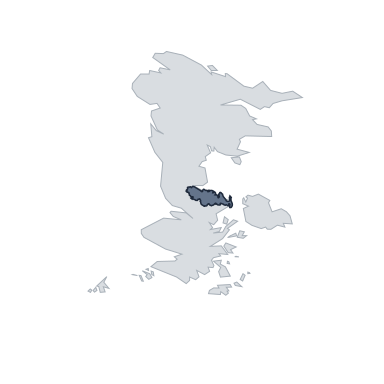 Dumfries and Galloway on a map of United Kingdom (Equal Earth projection), rotated 208°
{"feature_id": "GBR-2138", "entity_name": "Dumfries and Galloway", "entity_type": "Unitary District", "adm_level": 1, "iso_a3": "GBR", "parent_name": "United Kingdom", "parent_adm1": "", "projection": "equal_earth", "projection_center": [-4.095, 55.048], "detail": "fine", "context": "in_parent", "style": "filled", "palette": "slate", "viewbox_px": 384, "rotation_deg": 208, "n_neighbors": 0, "source": "natural_earth", "source_scale": "10m", "svg_char_len": 7392}
<svg xmlns="http://www.w3.org/2000/svg" viewBox="0 0 384 384"><g transform="rotate(208 192 192)"><path d="M207.7,282.2L189.5,291.6L183.8,291.0L176.8,286.2L169.5,286.8L172.5,284.3L166.3,282.2L155.3,285.2L150.6,283.1L147.7,278.4L171.3,266.6L174.9,260.8L172.8,259.1L172.3,251.0L160.1,253.8L168.8,244.9L179.4,240.6L188.5,239.6L193.4,241.9L191.9,238.4L194.0,237.5L197.1,240.7L200.6,240.6L194.0,235.3L196.9,229.5L194.3,226.7L197.3,223.6L198.0,218.0L191.8,219.3L182.9,208.0L185.5,202.7L194.3,198.1L183.7,198.2L175.3,202.5L169.2,200.8L163.7,203.0L157.5,200.8L155.6,204.8L151.0,200.5L150.2,197.2L152.6,197.2L160.5,184.1L156.1,179.1L157.5,173.3L162.4,173.1L157.1,170.2L158.1,167.5L149.5,174.3L149.4,169.9L154.0,165.7L146.1,171.0L146.0,177.3L142.4,186.9L138.0,187.6L143.6,176.5L141.2,176.2L143.1,165.2L150.3,152.6L140.8,158.2L131.1,153.6L139.3,150.2L136.6,149.0L142.2,144.1L142.8,140.9L138.1,137.3L138.0,135.1L142.5,133.2L139.2,130.2L142.1,125.0L151.1,125.0L146.0,120.4L147.6,116.3L154.2,115.8L152.6,112.8L154.1,108.4L165.7,109.7L193.2,106.8L190.1,114.3L174.6,123.1L173.6,125.7L177.2,126.5L171.7,132.4L188.6,129.2L213.1,129.4L217.3,131.6L219.1,134.9L204.8,155.6L188.4,162.4L197.1,161.6L201.8,163.5L201.4,165.2L187.4,170.8L178.7,169.1L193.8,172.7L203.0,170.8L212.3,174.0L222.5,182.4L231.7,204.4L243.4,209.6L255.9,219.5L253.4,222.0L260.4,232.8L252.3,229.4L244.1,229.8L251.8,230.6L263.9,239.9L265.8,244.5L259.5,251.2L264.5,253.8L270.2,249.6L285.2,250.7L293.5,255.2L295.5,259.9L292.8,272.0L285.3,276.0L286.4,279.4L275.4,282.5L278.5,283.6L278.5,286.7L268.6,289.6L289.8,292.3L289.6,297.2L282.2,300.8L280.5,304.1L264.5,308.5L243.3,308.5L229.7,304.9L231.5,307.0L216.6,309.6L218.2,312.2L216.6,312.9L195.9,309.8L187.2,312.1L181.4,322.8L170.3,318.6L158.8,321.4L150.4,328.3L138.9,327.2L155.3,314.8L162.0,308.2L163.3,302.7L168.1,301.4L170.5,297.0L192.9,296.6L207.7,282.2ZM132.4,221.3L119.3,221.1L119.4,218.4L112.0,212.1L105.3,219.1L99.4,218.9L94.3,217.0L88.5,210.9L96.7,207.2L93.5,204.6L101.0,202.8L104.8,196.1L108.1,194.5L110.5,195.6L113.7,192.2L123.4,190.7L130.6,191.3L138.9,201.5L135.5,206.0L141.7,205.5L143.9,209.7L143.6,211.2L139.8,208.4L140.1,212.7L142.1,213.0L141.1,215.5L136.5,216.5L132.4,221.3ZM130.4,113.3L127.8,117.5L123.1,119.9L125.7,121.6L114.9,128.2L112.4,126.6L117.0,124.0L113.0,122.0L114.5,120.9L112.4,119.8L113.7,116.7L119.8,117.5L118.8,114.8L129.7,110.0L130.4,113.3ZM131.1,134.2L131.2,138.9L140.6,141.0L134.1,145.5L133.2,141.6L127.4,141.6L118.7,135.7L126.9,130.2L131.1,134.2ZM225.9,60.3L230.0,64.8L232.0,64.2L227.5,77.3L227.5,70.9L220.1,67.9L225.8,66.7L221.8,63.0L225.9,60.3ZM138.2,162.9L127.2,164.2L130.9,159.2L127.2,157.3L131.6,155.4L138.5,159.2L138.2,162.9ZM167.8,237.8L173.4,240.7L166.6,245.2L162.8,241.9L162.6,238.6L167.8,237.8ZM130.8,173.3L131.6,180.2L127.1,181.4L127.2,177.0L123.3,179.1L125.0,175.2L130.8,173.3ZM193.2,95.7L192.8,98.0L198.9,99.1L190.9,100.0L187.2,97.6L189.2,94.6L193.2,95.7ZM151.7,185.4L147.0,184.6L146.3,179.9L150.1,179.3L151.7,185.4ZM237.3,310.5L233.4,313.3L226.7,311.2L232.0,308.3L237.3,310.5ZM134.0,176.2L132.0,174.2L139.2,168.5L137.6,171.4L134.0,176.2ZM109.9,129.8L112.1,131.2L110.2,133.5L103.6,131.8L109.9,129.8ZM108.6,143.8L106.0,143.4L105.5,137.2L108.4,137.4L108.6,143.8ZM232.2,62.6L229.7,60.5L231.1,57.8L233.1,58.6L232.2,62.6ZM199.5,93.6L197.8,94.2L193.1,90.4L194.6,89.8L199.5,93.6ZM191.0,103.0L188.7,103.3L186.4,100.2L188.8,100.3L191.0,103.0ZM237.3,55.7L236.3,58.6L234.4,58.3L234.5,55.7L237.3,55.7ZM205.4,91.6L200.9,92.6L205.9,91.0L205.4,91.6ZM128.2,147.5L126.8,147.7L125.1,146.2L127.4,145.4L128.2,147.5ZM196.3,102.2L194.7,103.9L193.5,102.3L196.3,102.2ZM123.0,155.9L120.1,156.7L123.9,154.9L123.0,155.9ZM105.1,147.5L103.4,147.8L102.6,147.3L104.4,146.1L105.1,147.5Z" fill="#d9dde1" stroke="#a8b0b8" stroke-width="1"/><path d="M198.1,194.0L197.7,194.5L197.4,194.7L197.3,194.8L196.6,195.0L196.2,195.7L196.0,195.8L195.7,195.9L194.7,195.5L194.4,195.7L194.4,196.4L194.4,196.5L194.1,196.9L194.0,197.3L192.3,197.7L185.7,197.3L185.3,197.3L185.0,197.1L184.7,197.0L184.4,197.1L184.5,197.2L184.5,197.3L184.2,197.4L183.9,197.4L183.3,197.0L183.0,197.7L183.2,197.9L183.3,198.5L183.3,199.0L183.3,199.4L183.1,199.8L182.7,200.0L180.8,199.8L180.2,199.9L179.8,200.4L178.3,200.3L178.5,200.5L178.3,200.6L178.1,200.5L178.0,200.4L177.9,200.3L178.1,200.0L178.3,200.1L178.3,199.9L178.2,199.8L177.9,200.1L177.6,200.3L177.7,200.5L177.8,200.6L177.6,200.7L177.3,200.8L178.1,201.3L177.9,201.5L176.8,201.8L175.2,202.7L174.2,202.8L173.5,202.8L173.5,202.6L173.4,202.5L173.3,202.4L173.4,202.2L173.4,201.6L173.4,201.4L173.1,201.3L173.1,201.2L172.8,201.4L172.6,201.7L172.5,202.2L172.7,202.6L171.9,202.7L170.8,202.2L170.1,201.3L170.3,200.3L170.0,200.4L169.5,200.9L169.1,201.0L168.8,201.0L167.3,200.4L167.0,200.3L166.9,200.1L166.7,199.7L166.4,199.3L166.1,199.2L166.0,199.3L165.8,199.6L165.7,199.9L165.6,200.2L165.8,200.8L166.0,201.2L166.1,201.3L166.4,201.4L166.7,201.4L167.0,201.5L167.2,201.8L167.3,202.1L167.1,202.4L167.0,202.7L167.3,203.1L167.0,203.5L167.1,204.0L167.2,204.5L167.0,204.8L166.9,204.9L166.7,205.0L166.0,205.0L165.6,204.9L165.1,204.6L164.9,204.5L164.1,204.5L164.0,204.4L162.8,203.1L162.1,202.6L159.6,201.5L158.7,201.3L158.3,201.1L157.9,200.4L157.5,200.3L156.7,200.3L156.2,200.4L155.7,200.7L155.3,201.0L155.0,201.3L154.8,201.6L154.7,201.7L154.7,201.9L154.7,202.0L154.7,202.3L154.8,202.6L155.0,202.8L155.3,203.2L155.6,203.8L155.9,204.4L156.5,204.8L156.5,205.0L156.4,205.5L156.4,205.8L156.6,206.3L156.2,206.2L155.3,205.8L154.9,205.7L154.7,205.6L154.6,205.2L154.6,204.7L154.8,204.5L154.7,204.3L154.6,204.2L154.7,203.8L154.3,203.8L154.1,203.7L153.9,203.4L153.8,203.0L153.7,202.7L153.1,202.4L151.1,200.7L150.5,199.9L150.1,199.0L150.0,198.0L150.1,197.1L150.3,196.6L150.5,196.4L151.0,196.5L151.2,196.4L151.3,196.3L151.4,196.1L151.6,196.2L151.8,196.5L152.2,197.0L152.3,197.2L152.4,197.5L152.5,197.8L152.4,198.4L152.5,198.6L152.8,198.9L153.1,199.1L153.5,199.2L153.9,198.9L154.0,198.7L153.3,197.5L153.2,197.2L154.0,196.7L154.6,196.7L155.3,196.9L155.6,196.9L156.1,196.5L156.2,196.1L156.5,195.9L157.9,195.7L158.4,196.0L158.7,195.8L159.9,195.8L161.4,195.5L161.6,195.3L161.7,195.1L161.6,194.9L161.1,194.7L161.0,194.1L161.1,193.8L161.8,193.3L163.1,192.8L163.3,192.7L164.3,193.0L164.8,192.8L165.0,192.8L165.1,192.4L165.4,192.4L165.5,193.2L165.8,193.2L166.1,193.0L166.1,192.4L166.5,192.2L166.6,191.3L167.1,190.7L167.2,190.2L167.8,189.8L168.3,189.0L168.6,189.0L169.4,189.1L169.5,189.1L169.6,188.8L170.5,188.9L170.8,189.0L171.3,189.5L171.6,189.6L172.1,189.2L172.1,188.8L172.6,188.0L172.4,187.4L172.5,186.8L173.0,186.3L174.3,185.8L174.4,185.7L174.2,185.3L174.4,185.2L174.7,185.1L174.9,185.1L175.3,185.3L176.9,185.3L178.0,185.5L179.1,186.4L179.7,187.4L180.4,187.6L180.4,188.4L180.5,188.7L181.2,189.0L181.8,189.5L182.3,189.4L182.4,188.9L182.5,188.7L183.2,188.5L183.2,188.0L183.3,187.6L183.3,187.1L184.7,186.4L185.8,186.6L186.5,186.4L187.9,186.4L188.1,186.3L188.4,185.7L189.0,185.9L189.8,185.9L190.0,186.0L189.1,186.6L188.7,187.1L188.7,187.7L188.6,188.0L189.1,188.2L189.6,187.8L190.7,187.4L191.2,187.6L191.6,188.0L192.3,187.8L192.8,187.9L192.9,188.0L193.0,188.5L193.8,189.0L194.1,189.4L194.0,189.7L194.3,189.9L194.7,189.8L195.0,190.0L195.6,189.7L196.1,189.5L196.6,189.7L197.2,189.8L197.5,189.9L197.6,190.2L197.1,190.4L196.9,190.7L197.1,190.8L197.7,190.8L197.8,191.0L197.8,191.3L197.4,191.7L197.3,192.9L197.4,193.1L197.9,193.4L198.1,194.0L198.1,194.0Z" fill="#64748b" stroke="#1e293b" stroke-width="1.5"/></g></svg>